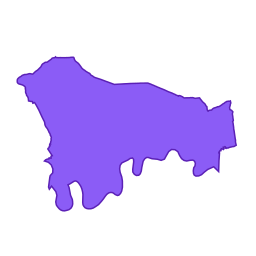 Buhoci, Bacau, Romania, rotated 265°
{"feature_id": "2599482B2081503417481", "entity_name": "Buhoci", "entity_type": "district", "adm_level": 2, "iso_a3": "ROU", "parent_name": "Romania", "parent_adm1": "Bacau", "projection": "natural_earth1", "projection_center": [27.027, 46.571], "detail": "fine", "context": "isolated", "style": "filled", "palette": "violet", "viewbox_px": 256, "rotation_deg": 265, "n_neighbors": 0, "source": "geoboundaries", "source_scale": "gbopen_adm2", "svg_char_len": 5675}
<svg xmlns="http://www.w3.org/2000/svg" viewBox="0 0 256 256"><g transform="rotate(265 128 128)"><path d="M205.2,62.0L204.8,61.6L204.5,61.1L204.4,60.8L204.4,59.5L204.1,58.4L203.3,57.7L202.0,55.5L201.2,54.1L200.9,53.8L200.7,53.4L200.6,52.4L200.7,51.3L200.2,50.5L199.4,48.8L198.7,47.9L196.6,46.6L194.0,43.5L193.4,42.7L192.4,40.8L190.1,38.0L190.0,37.7L190.2,36.8L190.7,35.1L190.7,34.2L190.5,33.1L190.3,32.2L190.2,31.3L190.3,29.7L189.9,28.1L189.6,27.1L188.9,26.2L188.6,25.6L188.0,24.2L187.0,22.9L186.4,22.3L185.9,22.0L185.0,21.8L184.0,21.7L183.2,21.7L182.5,22.0L181.8,22.6L181.4,23.2L180.1,26.6L179.5,27.5L178.3,28.9L177.9,29.0L176.9,29.4L176.7,29.4L176.3,29.1L174.4,29.3L172.9,29.1L172.3,29.1L171.7,29.2L171.3,29.5L171.0,29.6L169.5,29.8L169.2,29.9L168.0,30.7L167.4,30.9L167.0,31.1L166.4,31.2L163.6,31.3L163.5,31.8L163.4,32.1L163.2,32.6L163.0,33.1L162.8,34.5L162.7,35.0L160.9,35.4L160.9,35.5L161.2,36.0L161.5,36.3L161.5,37.1L159.3,38.3L156.6,39.5L153.5,40.8L146.8,43.2L142.7,44.8L141.9,45.2L140.4,45.5L140.0,45.5L139.0,45.5L138.4,45.6L137.6,45.8L136.5,46.2L135.6,46.8L134.5,47.5L133.7,47.9L133.1,48.1L131.9,48.6L130.7,49.0L130.4,49.0L130.1,49.2L129.6,49.6L129.3,49.7L128.8,49.8L128.5,49.9L128.2,50.0L127.8,49.9L127.7,50.1L127.4,50.2L126.9,50.3L125.8,50.7L125.2,50.8L124.8,50.7L124.2,50.4L123.7,50.4L123.2,50.5L122.8,50.3L122.4,50.4L122.2,50.4L121.7,50.1L121.0,49.8L120.6,49.7L120.1,49.6L119.6,49.3L119.2,49.3L118.9,49.4L118.9,49.2L119.0,48.9L118.7,48.6L118.3,48.5L117.7,48.6L117.4,48.8L117.1,48.8L116.9,48.7L116.8,48.1L116.7,48.0L115.7,47.8L115.3,47.6L115.2,47.4L114.9,46.9L114.5,46.5L114.1,46.3L107.0,50.1L106.7,49.1L106.6,48.9L106.4,48.8L106.0,48.8L104.7,48.7L105.1,46.8L104.1,46.5L104.1,45.5L104.0,44.6L103.6,43.7L103.5,43.2L102.4,41.9L100.8,45.7L98.0,48.3L93.8,49.6L89.9,49.1L87.4,46.4L85.7,45.8L76.1,43.7L73.9,44.3L76.7,46.8L70.9,50.6L67.1,51.3L60.7,49.6L57.6,49.9L56.0,50.7L53.7,52.3L52.5,53.5L52.0,54.2L51.3,55.7L51.0,57.6L51.3,59.8L51.8,62.1L52.7,63.6L53.2,64.3L54.9,65.5L56.1,66.0L57.2,66.3L59.8,66.4L61.7,66.3L66.0,64.9L73.9,64.1L76.7,63.3L77.3,65.1L78.8,68.0L79.7,69.8L79.8,71.2L79.3,72.3L78.0,73.7L76.3,74.7L74.0,75.9L71.4,76.7L68.2,77.2L65.6,77.3L57.8,76.4L55.4,76.5L53.8,77.2L52.3,78.3L51.3,80.1L50.9,82.0L50.8,84.1L51.3,86.4L52.5,88.8L54.3,92.0L57.2,95.1L59.6,97.4L61.8,99.2L63.7,101.0L65.0,103.1L65.3,104.8L65.1,106.6L64.4,107.8L62.8,109.5L61.7,111.6L61.9,113.0L63.4,114.8L65.7,116.2L69.5,117.3L75.7,117.8L79.8,117.5L84.5,116.3L88.0,116.1L91.5,116.9L93.8,118.9L94.9,121.8L96.1,125.1L97.5,127.5L97.7,129.9L96.3,130.8L93.8,130.7L86.3,129.1L83.7,129.0L81.3,130.3L80.0,132.2L80.0,134.6L81.3,136.2L84.0,137.5L87.5,138.3L93.6,140.2L95.9,142.0L97.0,143.9L96.9,145.5L95.3,149.2L94.3,154.6L92.9,158.2L93.8,161.6L96.7,163.5L101.0,166.5L102.8,169.5L102.3,172.9L100.1,175.6L96.1,177.0L92.8,178.7L90.8,181.0L90.0,183.6L90.4,186.9L90.4,189.5L89.9,190.7L88.6,191.6L86.8,192.0L84.4,191.4L82.6,190.0L79.7,189.3L77.0,189.3L75.3,189.9L74.2,191.4L74.1,194.3L75.1,197.2L77.4,200.2L79.8,203.9L81.9,210.0L76.7,214.5L87.6,215.8L95.1,217.0L95.3,216.3L96.2,216.6L96.4,217.0L97.4,217.6L97.9,218.3L97.5,218.2L97.3,218.4L97.3,218.6L98.4,218.9L98.9,218.9L99.2,219.2L99.3,219.4L98.8,220.5L98.5,220.7L98.2,221.1L98.3,221.3L98.7,221.5L98.9,221.8L99.2,221.9L100.5,221.2L100.7,222.5L101.0,222.9L100.9,223.1L100.6,223.4L100.1,223.5L99.4,223.5L99.1,224.0L99.5,224.6L99.3,225.8L99.4,226.2L99.7,226.8L100.0,228.3L100.1,229.3L100.3,230.3L100.3,231.0L100.3,231.9L101.4,234.3L104.1,233.9L105.6,233.9L106.6,234.1L107.5,233.9L111.2,233.7L114.9,233.5L115.4,233.5L117.4,233.3L117.4,233.2L119.5,233.3L123.6,233.1L125.0,232.9L125.4,232.8L126.0,233.5L126.4,233.6L128.9,233.4L130.1,233.4L132.8,233.2L134.0,233.5L134.9,233.9L136.6,232.7L137.5,231.1L139.8,231.0L141.3,231.7L142.3,231.9L142.7,232.0L143.6,232.5L144.6,232.6L145.1,232.5L145.7,232.3L146.0,232.3L145.9,232.0L145.8,231.8L145.7,231.6L145.9,231.3L146.0,230.8L145.9,230.5L145.9,229.4L145.8,228.5L145.5,228.1L145.2,227.3L145.0,226.9L144.5,226.3L144.1,225.7L144.0,225.2L143.4,224.1L142.6,223.0L142.4,222.4L142.1,222.0L141.5,220.7L141.4,220.2L141.3,219.7L141.4,219.1L141.2,218.6L140.8,217.4L140.5,215.9L140.4,215.4L140.2,214.9L140.0,214.5L139.3,213.5L138.9,213.2L138.6,212.8L138.5,212.4L138.6,211.4L138.5,210.6L138.5,210.3L137.8,209.3L138.3,208.8L139.8,208.4L140.7,208.5L142.5,208.4L142.8,208.0L143.5,207.5L143.8,207.3L144.5,207.2L145.2,206.8L146.0,206.1L146.9,205.2L147.7,204.5L148.3,204.1L149.7,203.2L150.1,202.9L151.0,202.3L151.7,202.0L151.8,201.9L151.8,201.6L151.8,201.2L151.8,200.4L151.7,197.4L151.8,197.1L152.4,195.8L152.6,195.0L152.7,194.6L152.6,194.2L152.8,193.3L152.7,191.5L152.8,191.0L152.9,189.3L153.0,188.5L153.0,187.2L153.1,186.6L153.5,185.9L154.3,185.1L154.7,184.3L155.3,183.4L155.4,183.1L155.8,182.2L155.8,181.9L155.8,181.0L155.5,180.9L156.2,179.7L156.4,179.3L156.9,178.3L157.3,177.9L158.2,176.1L158.8,175.2L159.8,173.1L160.6,171.4L162.7,167.8L164.2,164.9L164.9,163.4L165.4,162.6L166.2,160.9L166.7,160.1L167.0,159.6L167.4,158.7L168.3,157.2L169.0,155.7L169.8,154.4L170.1,153.6L170.8,152.2L171.0,151.7L171.6,144.4L171.6,142.9L172.1,134.5L172.6,118.9L172.6,118.2L174.8,113.5L175.8,111.4L176.1,110.7L178.7,105.3L181.2,99.4L181.6,98.8L182.1,98.0L182.5,97.7L183.0,97.1L183.4,96.4L183.9,95.8L184.3,95.4L185.0,95.0L185.5,94.8L185.8,94.5L186.1,93.9L186.6,93.1L188.0,91.2L188.5,90.5L189.0,90.2L189.9,89.0L190.6,88.2L191.1,87.7L191.9,87.1L193.2,86.4L195.8,84.8L196.9,84.0L197.6,83.2L199.0,81.7L199.3,81.4L201.0,80.6L201.6,80.5L202.6,80.3L203.0,80.1L203.3,79.5L203.3,78.8L203.4,76.9L203.3,76.4L203.3,75.5L203.6,70.4L203.7,69.9L203.8,68.5L204.0,66.8L204.1,64.8L204.3,63.6L204.4,62.6L205.2,62.0Z" fill="#8b5cf6" stroke="#5b21b6" stroke-width="1.5"/></g></svg>